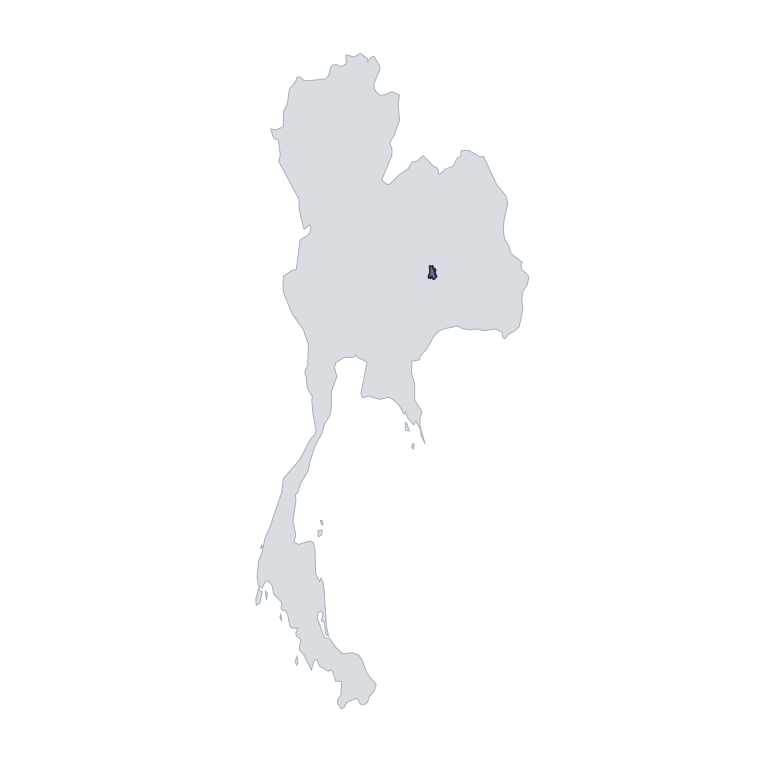 Prathai, Nakhon Ratchasima, Thailand (highlighted), rotated 5°
{"feature_id": "78962969B10005729924667", "entity_name": "Prathai", "entity_type": "district", "adm_level": 2, "iso_a3": "THA", "parent_name": "Thailand", "parent_adm1": "Nakhon Ratchasima", "projection": "equal_earth", "projection_center": [102.699, 15.58], "detail": "fine", "context": "in_parent", "style": "filled", "palette": "slate", "viewbox_px": 768, "rotation_deg": 5, "n_neighbors": 0, "source": "geoboundaries", "source_scale": "gbopen_adm2", "svg_char_len": 6342}
<svg xmlns="http://www.w3.org/2000/svg" viewBox="0 0 768 768"><g transform="rotate(5 384 384)"><path d="M339.0,61.3L339.6,64.4L342.1,60.3L345.4,58.3L351.8,67.3L352.6,71.2L347.8,85.7L348.5,90.5L351.5,94.5L355.1,96.8L359.0,96.2L366.2,92.0L374.2,94.7L373.7,104.3L376.5,119.6L372.5,135.3L368.7,143.0L371.6,149.8L371.8,156.1L364.0,180.6L365.6,182.4L370.4,185.1L372.5,184.3L380.5,174.7L389.5,167.2L392.3,160.9L397.9,158.8L403.0,153.1L414.6,163.0L417.7,163.9L419.1,165.5L419.8,169.6L421.2,170.3L426.0,164.7L433.9,161.1L437.1,152.6L440.8,150.2L440.4,146.0L441.6,144.5L448.1,144.0L458.0,148.5L461.5,149.4L463.2,148.4L478.8,175.5L489.0,185.9L491.5,193.0L489.3,211.3L489.5,221.7L491.8,229.7L496.1,235.2L499.3,243.1L511.1,250.7L510.1,252.7L510.9,257.7L518.2,263.4L518.9,265.3L518.1,272.7L514.7,278.3L514.0,282.9L514.0,288.6L515.9,297.2L513.7,315.0L509.3,320.0L503.6,323.6L500.5,328.4L498.2,327.2L497.1,322.3L490.8,319.5L478.7,322.1L472.7,321.0L464.6,322.6L456.7,321.9L452.1,319.8L438.9,323.8L433.3,327.3L429.3,332.4L423.4,345.5L417.4,353.5L417.4,356.8L409.9,358.8L410.3,370.0L414.6,382.1L415.9,397.4L424.3,408.2L422.7,415.8L423.7,423.2L430.2,440.2L425.5,432.1L424.5,426.6L419.0,418.1L417.2,422.3L410.7,415.9L407.9,409.7L406.9,412.4L400.5,403.5L394.0,398.7L390.3,396.6L381.1,399.7L369.4,397.3L364.9,399.6L363.0,398.1L361.9,395.4L365.2,363.6L355.2,359.7L353.4,357.6L351.2,360.0L341.3,361.3L334.1,367.1L333.2,372.0L336.4,380.7L332.2,396.5L333.5,411.4L333.0,419.6L327.9,430.0L326.6,438.3L320.9,451.1L317.1,467.2L316.2,476.6L309.4,490.8L307.8,498.9L305.4,502.0L306.4,508.4L305.2,528.1L309.3,542.3L308.2,549.0L312.8,551.3L323.8,546.8L327.5,548.0L329.7,555.8L332.5,579.2L337.1,586.4L338.3,582.8L340.4,586.6L342.1,593.5L347.8,630.5L350.8,640.2L347.3,637.7L345.4,626.1L342.2,625.6L343.3,618.3L341.3,615.6L338.0,617.7L338.1,623.5L346.8,641.9L352.2,642.4L359.0,650.6L366.5,656.5L376.0,654.4L382.5,656.3L386.4,661.3L392.5,673.9L402.5,684.3L401.0,690.8L397.0,696.1L395.0,703.0L392.2,705.0L388.5,705.0L384.4,699.3L374.4,704.6L372.2,710.0L369.7,711.4L365.3,705.4L365.6,702.0L368.4,697.1L367.7,684.3L361.7,684.1L357.7,674.5L356.4,673.6L353.6,675.0L344.1,670.5L341.3,664.5L338.5,665.0L336.6,675.3L328.3,661.5L322.6,655.8L323.4,645.6L319.5,643.4L317.8,640.5L319.3,634.4L313.9,635.3L311.4,633.6L308.3,622.6L305.6,618.2L302.1,618.2L300.9,616.0L301.2,610.6L292.5,602.9L289.8,594.1L285.6,590.2L283.0,591.3L280.4,597.6L278.4,597.2L276.5,595.4L274.3,586.6L274.5,571.2L277.3,562.2L278.9,547.9L283.0,535.8L291.6,500.6L292.0,486.8L306.4,467.0L316.0,444.4L319.1,441.1L320.5,436.9L315.6,418.7L313.4,406.1L313.8,402.8L307.7,394.3L306.2,384.5L304.6,381.4L304.1,378.2L306.4,372.4L305.2,351.0L298.6,336.3L286.7,322.5L276.2,302.4L274.8,295.3L274.5,285.3L283.1,278.5L286.6,278.0L287.9,247.9L295.4,242.2L296.9,239.7L297.7,234.7L296.0,231.8L291.2,236.7L290.3,235.6L284.4,218.0L283.2,207.3L259.6,171.2L260.8,165.2L257.4,149.6L253.9,149.4L251.6,146.6L249.1,139.7L253.7,140.6L261.3,136.6L260.1,121.6L263.4,112.9L264.0,98.6L269.7,90.1L270.5,85.9L273.6,85.4L277.8,88.5L282.1,88.6L299.8,84.9L302.1,81.1L303.2,73.2L305.0,70.7L309.0,70.0L313.5,71.6L318.4,68.5L317.5,59.3L326.0,60.9L331.5,56.6L339.0,61.3ZM280.8,601.7L279.5,613.2L276.1,615.6L275.0,608.9L277.1,598.1L278.0,600.6L280.8,601.7ZM335.3,534.7L334.7,540.3L331.7,542.0L331.0,535.9L335.3,534.7ZM409.9,420.9L413.5,428.7L409.3,428.0L408.5,420.4L409.9,420.9ZM321.4,671.7L319.6,668.4L321.1,663.1L322.7,669.6L321.4,671.7ZM286.4,603.0L285.6,609.3L283.9,600.7L286.4,603.0ZM335.4,529.8L333.8,529.1L332.4,525.4L334.4,525.5L335.4,529.8ZM301.0,621.8L303.0,629.2L300.7,625.8L301.0,621.8ZM419.4,441.6L418.8,446.2L416.9,444.3L418.1,440.9L419.4,441.6ZM276.9,557.3L274.9,559.0L276.6,554.6L276.9,557.3Z" fill="#d9dde1" stroke="#a8b0b8" stroke-width="1"/><path d="M425.0,266.3L424.9,266.3L425.0,266.2L425.1,265.9L425.0,266.0L425.0,265.9L425.0,265.7L424.9,265.5L424.8,265.4L424.8,265.5L424.8,265.4L424.7,265.5L424.7,265.4L424.6,265.5L424.5,265.4L424.4,265.4L424.3,265.2L424.2,265.2L424.0,264.8L424.0,264.7L424.0,264.8L423.9,264.7L423.8,264.8L423.8,264.7L423.8,264.8L423.7,264.8L423.4,264.9L423.2,264.9L423.0,264.7L423.0,264.8L422.9,264.7L423.0,264.7L422.9,264.6L423.0,264.5L422.9,264.3L422.9,264.2L422.7,264.0L422.6,263.9L422.5,263.7L422.4,263.6L422.3,263.4L422.2,263.4L422.1,263.2L422.1,262.9L422.3,262.8L422.3,262.7L422.2,262.6L422.3,262.6L422.2,262.5L422.2,262.3L421.9,262.3L421.9,262.2L421.6,262.4L421.6,262.5L421.4,262.7L421.0,262.6L420.9,262.7L420.7,262.7L420.4,262.7L420.2,262.6L420.1,262.4L419.9,262.5L419.9,262.4L419.6,262.2L419.4,262.2L419.3,262.3L419.2,262.5L419.1,262.8L419.1,263.0L419.3,264.3L419.3,264.5L419.3,264.9L419.7,265.7L419.7,265.9L419.8,266.1L419.7,266.3L419.7,267.0L419.8,267.3L419.8,267.5L419.7,267.6L419.8,267.9L419.8,268.1L419.9,268.4L419.9,268.5L420.0,268.9L420.0,269.0L419.9,269.1L419.9,269.3L419.9,269.6L419.8,269.9L419.8,270.2L419.8,270.3L419.8,270.5L419.7,270.5L419.4,270.8L419.4,271.0L419.2,271.0L419.1,271.3L419.0,271.6L419.1,272.2L419.1,272.4L418.9,272.6L418.9,272.9L418.9,273.1L419.0,273.3L419.1,273.8L419.0,274.1L419.2,274.7L419.3,274.7L419.5,274.5L419.7,274.4L419.8,274.4L419.7,274.2L419.8,274.1L420.0,274.0L420.0,273.9L420.1,273.7L420.3,273.7L420.2,273.6L420.3,273.5L420.5,273.6L420.4,273.7L420.5,273.8L420.5,273.7L420.5,273.8L420.8,273.7L420.9,273.8L420.9,273.7L421.0,273.5L421.3,273.5L421.5,273.3L421.6,273.2L421.6,273.4L421.8,273.4L422.0,273.4L421.9,273.3L422.0,273.3L422.2,273.2L422.3,273.3L422.3,273.2L422.5,273.2L422.6,272.9L422.8,273.1L422.8,273.3L422.9,273.5L422.7,273.7L422.7,273.8L422.5,274.1L422.5,274.3L423.4,275.0L424.0,275.3L424.4,275.2L424.7,275.2L424.9,275.2L425.0,275.1L425.2,274.9L425.4,274.7L425.5,274.6L427.1,272.3L427.1,272.1L426.8,271.7L426.7,271.8L426.7,272.0L426.7,271.9L426.6,271.7L426.4,271.7L426.2,271.6L426.3,271.6L426.2,271.5L426.2,271.4L426.1,271.2L425.9,271.0L425.9,270.9L425.8,271.0L425.8,270.9L425.8,271.0L425.7,270.9L425.7,270.7L425.6,270.4L425.6,270.2L425.4,270.2L425.4,269.9L425.5,269.9L425.5,269.7L425.4,269.7L425.4,269.8L425.3,269.7L425.2,269.6L425.3,269.6L425.2,269.5L425.2,269.4L425.1,269.2L425.3,269.1L425.2,269.1L425.1,268.9L425.2,268.7L425.2,268.4L425.2,268.2L425.1,267.9L425.1,267.7L425.0,267.4L424.9,267.4L425.0,267.3L424.9,267.3L425.0,267.2L424.9,267.2L424.8,266.9L424.7,266.7L424.8,266.5L424.9,266.4L425.0,266.3Z" fill="#64748b" stroke="#1e293b" stroke-width="1.5"/></g></svg>